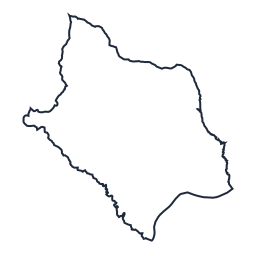 outline of Eselnita, Mehedinti, Romania
{"feature_id": "2599482B71409986806106", "entity_name": "Eselnita", "entity_type": "district", "adm_level": 2, "iso_a3": "ROU", "parent_name": "Romania", "parent_adm1": "Mehedinti", "projection": "orthographic", "projection_center": [22.261, 44.728], "detail": "fine", "context": "isolated", "style": "outline", "palette": "slate", "viewbox_px": 256, "rotation_deg": 0, "n_neighbors": 0, "source": "geoboundaries", "source_scale": "gbopen_adm2", "svg_char_len": 5791}
<svg xmlns="http://www.w3.org/2000/svg" viewBox="0 0 256 256"><path d="M200.6,110.4L200.3,108.7L200.2,102.7L200.0,101.3L199.5,100.0L200.5,99.1L199.9,98.2L199.8,97.7L200.5,96.1L200.3,95.2L199.3,94.3L199.1,91.9L199.2,91.0L198.7,89.9L197.6,88.3L196.7,85.9L196.3,85.3L196.0,83.4L195.2,82.4L194.4,80.7L194.1,78.7L193.0,76.7L191.9,75.4L191.0,72.1L189.5,69.9L187.4,69.4L185.6,67.8L183.5,66.7L181.9,65.5L180.6,65.1L176.6,64.7L175.6,66.1L171.7,68.3L170.3,68.5L166.9,67.8L165.1,67.7L163.8,67.9L162.0,68.7L156.7,66.6L154.9,64.9L152.1,63.7L150.0,62.2L147.3,62.0L145.1,62.1L142.4,61.7L141.1,61.8L138.5,61.0L137.1,61.4L135.9,61.2L134.8,61.5L132.4,61.4L129.9,60.8L129.4,60.5L128.7,59.5L128.3,59.3L126.7,59.5L123.9,59.3L119.5,56.5L119.1,56.0L118.5,54.8L118.3,53.8L117.5,52.6L116.4,48.2L115.9,47.1L114.4,46.9L113.5,46.3L112.0,46.1L109.5,45.2L109.6,44.5L109.4,44.0L109.7,40.8L109.4,39.4L108.8,38.2L107.2,36.2L106.5,34.5L104.9,33.0L103.8,30.9L102.9,30.0L101.9,27.8L99.0,26.2L95.9,26.2L95.1,26.8L91.8,25.4L90.4,23.9L89.2,23.2L87.1,22.3L86.8,21.7L84.1,19.6L82.8,19.5L81.7,19.1L80.3,19.0L79.1,18.5L77.9,18.8L77.3,17.9L76.4,17.2L75.1,16.5L73.0,16.6L71.1,16.1L70.2,16.1L69.3,15.4L69.9,17.0L70.3,19.2L70.4,20.6L71.1,22.1L70.7,23.2L70.2,27.3L69.2,30.9L69.3,32.1L69.1,33.0L69.1,34.0L69.3,34.8L69.2,36.0L69.6,38.1L68.7,39.5L67.7,40.6L66.1,44.2L63.5,46.5L63.3,47.4L62.5,48.4L62.2,49.3L62.6,50.7L62.6,52.8L62.2,54.1L62.2,54.9L61.9,55.5L62.1,56.6L61.9,58.5L61.0,60.0L59.1,61.6L59.0,62.7L58.8,63.4L59.3,64.0L59.9,65.5L61.3,66.2L61.6,66.8L61.0,67.7L60.6,70.8L60.0,72.8L60.7,74.4L61.6,75.1L62.4,76.8L62.2,77.9L62.2,79.8L65.2,82.9L65.7,84.2L66.9,85.8L65.3,86.6L65.0,88.4L64.6,88.8L64.8,89.3L63.9,90.1L63.0,91.8L61.3,93.3L60.6,94.5L59.5,95.1L58.1,96.5L55.8,100.3L55.8,100.9L56.7,101.7L57.4,103.0L57.5,104.1L57.1,105.3L56.7,105.6L55.8,105.7L54.7,105.3L53.5,107.7L51.9,109.5L50.3,111.0L48.8,111.8L46.7,111.8L45.4,111.6L42.3,112.3L40.0,112.2L38.4,111.7L37.6,109.9L36.5,110.1L34.9,111.1L33.7,111.1L30.6,108.3L30.5,109.4L29.4,111.2L29.0,112.5L28.4,113.7L28.5,115.8L26.1,115.3L25.0,115.8L24.2,116.6L23.7,117.5L23.5,118.2L23.6,119.4L23.5,121.0L23.6,122.2L24.8,123.8L27.2,125.9L30.3,126.1L33.5,125.7L34.6,125.8L35.0,126.5L36.7,127.3L37.2,129.8L41.3,127.0L42.5,126.9L44.5,127.5L44.8,132.0L46.4,132.6L47.1,132.6L48.5,134.6L48.6,135.2L48.4,136.4L48.5,136.9L48.1,137.9L49.9,139.9L51.7,140.9L52.5,142.4L53.6,143.2L54.1,145.0L58.5,147.1L61.4,149.7L61.9,151.2L61.9,153.0L62.1,153.5L62.6,153.8L63.5,155.5L65.1,155.3L67.9,157.3L69.2,160.3L69.6,160.5L69.6,160.9L70.4,161.9L70.5,162.5L70.3,162.9L70.2,163.9L70.8,164.4L70.9,165.0L71.6,165.6L72.2,166.5L73.8,167.5L74.6,167.7L77.8,167.6L77.5,169.6L77.7,170.0L81.8,170.9L82.3,171.5L82.8,171.7L83.7,170.9L85.1,170.3L85.7,171.6L86.5,172.1L87.2,173.4L88.2,173.4L89.1,173.7L89.7,174.2L92.4,174.7L92.7,176.1L93.2,176.8L93.2,177.5L93.4,178.0L95.8,178.8L96.2,179.1L96.9,180.2L97.2,181.4L97.7,181.9L98.9,182.3L99.3,183.5L100.7,184.0L102.7,184.0L103.1,184.2L103.2,184.6L102.8,185.4L102.9,185.9L103.4,186.2L104.9,186.0L105.7,184.9L106.0,184.9L106.1,185.1L106.1,186.7L105.6,188.9L105.7,189.2L106.1,189.3L106.7,188.9L107.1,189.3L107.2,189.9L106.7,190.9L106.8,191.2L106.3,191.8L106.3,192.1L107.4,192.0L107.8,192.2L108.0,192.5L107.9,192.9L106.7,193.9L106.3,194.4L107.1,195.3L109.1,196.4L110.1,196.2L110.8,195.7L111.5,195.6L112.0,195.8L112.4,196.3L112.2,197.9L112.2,198.9L112.3,199.9L112.6,200.5L113.2,200.8L114.5,200.9L115.2,202.1L116.4,202.7L116.3,203.3L115.9,203.7L114.2,204.6L114.0,205.2L115.8,207.4L116.2,207.4L116.6,206.5L116.9,206.1L117.6,206.4L117.9,207.0L116.9,208.0L116.7,208.5L116.7,210.4L117.1,211.3L117.0,214.1L117.5,215.4L117.9,215.6L119.0,217.1L119.3,217.0L120.4,216.0L122.3,215.9L123.5,213.4L123.9,213.1L124.4,213.0L124.6,213.6L124.3,215.0L123.7,216.3L122.7,217.9L123.3,219.9L124.1,220.9L124.1,221.4L124.5,222.8L128.1,224.5L130.8,225.2L131.0,226.7L131.9,228.6L131.7,229.4L132.0,229.6L132.4,229.0L133.1,229.5L134.0,229.9L134.4,229.9L135.4,229.5L138.0,231.5L139.3,233.1L139.7,233.2L140.3,233.6L140.8,233.3L142.4,233.2L142.2,234.2L141.8,234.8L141.8,236.2L142.8,237.2L143.6,238.8L145.0,238.6L145.9,238.1L147.0,238.8L151.7,240.6L152.4,240.0L153.3,238.5L154.2,235.7L154.6,232.7L154.1,226.8L155.5,221.7L158.3,216.9L160.0,214.8L163.7,211.3L169.2,206.7L171.4,204.3L175.7,198.7L179.2,195.1L180.7,194.0L187.5,192.4L194.3,194.9L198.1,196.0L203.6,197.2L213.1,197.7L216.7,197.1L218.8,196.4L227.2,192.7L232.5,188.8L229.0,184.0L229.0,183.2L228.4,181.9L228.7,181.8L228.5,181.4L228.7,181.2L228.8,180.3L228.8,179.4L229.3,178.8L229.1,178.3L229.4,176.8L229.3,175.1L229.0,174.6L228.1,174.6L226.9,173.5L226.9,173.3L227.4,172.8L226.5,172.1L226.1,171.0L226.0,169.5L226.7,169.0L226.8,168.5L226.6,167.0L226.8,165.7L226.7,164.8L227.3,163.3L227.2,162.8L226.6,162.2L226.7,161.8L226.5,161.1L227.1,160.7L226.9,160.5L226.3,160.6L225.7,160.3L225.4,159.4L226.0,159.6L225.8,159.0L224.9,158.5L223.7,157.5L224.5,157.4L224.4,157.2L222.5,156.1L222.8,154.4L223.3,154.1L223.7,152.8L222.8,152.2L222.8,151.9L223.0,151.5L223.4,151.4L223.3,150.4L223.8,150.0L223.2,149.4L224.0,148.2L223.9,147.1L224.5,145.7L224.5,144.8L224.2,143.6L224.8,143.0L223.7,143.2L222.9,142.7L222.3,143.5L221.1,143.9L221.1,143.5L221.7,142.9L221.3,143.0L221.2,142.3L220.7,142.5L220.5,142.0L220.8,141.6L220.0,141.1L219.1,140.3L218.6,139.4L218.2,140.1L216.4,139.1L215.7,138.5L215.6,138.2L216.3,137.3L216.0,137.1L215.7,137.3L215.6,137.2L215.4,136.9L215.4,136.5L214.7,136.1L214.1,135.2L212.4,134.9L212.5,134.6L211.6,134.1L210.6,134.2L209.5,132.5L208.9,132.1L208.5,132.2L208.3,131.4L207.7,131.1L206.9,129.2L205.1,126.6L204.6,126.2L203.4,122.9L202.4,121.6L202.3,118.3L202.3,117.9L201.9,117.5L201.5,115.7L201.6,114.4L201.2,112.6L200.8,112.1L200.1,111.8L199.6,110.9L197.5,109.1L197.8,109.0L198.4,109.6L200.2,110.5L200.6,110.4Z" fill="none" stroke="#1e293b" stroke-width="2"/></svg>